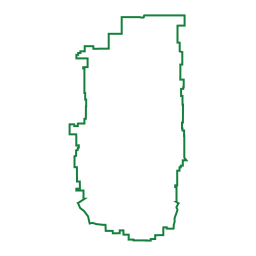 outline of Tammin, Western Australia, Australia
{"feature_id": "25037944B7078020583356", "entity_name": "Tammin", "entity_type": "district", "adm_level": 2, "iso_a3": "AUS", "parent_name": "Australia", "parent_adm1": "Western Australia", "projection": "orthographic", "projection_center": [117.495, -31.605], "detail": "fine", "context": "isolated", "style": "outline", "palette": "green", "viewbox_px": 256, "rotation_deg": 0, "n_neighbors": 0, "source": "geoboundaries", "source_scale": "gbopen_adm2", "svg_char_len": 4857}
<svg xmlns="http://www.w3.org/2000/svg" viewBox="0 0 256 256"><path d="M89.7,223.5L92.2,222.9L92.4,223.0L93.3,223.1L94.8,223.6L96.2,224.1L96.3,224.1L97.3,224.2L98.1,224.3L99.9,224.5L101.0,224.6L101.5,224.6L102.4,224.8L102.9,224.8L103.2,224.8L103.6,224.8L104.4,224.8L104.6,224.8L105.5,224.8L105.7,230.9L112.7,230.9L112.8,233.3L115.4,233.3L119.7,233.2L119.7,230.4L123.4,230.4L123.4,232.6L123.5,233.1L123.5,233.6L123.4,233.9L123.5,234.7L124.3,234.7L128.7,234.7L128.7,235.9L128.7,236.0L128.7,236.8L128.6,239.4L128.6,239.6L133.5,239.6L133.5,240.4L146.6,240.4L146.6,240.6L150.7,240.6L150.7,239.1L155.2,239.0L155.2,235.8L155.2,235.2L163.3,235.1L163.3,228.5L163.4,227.3L166.7,227.3L166.7,228.6L173.4,228.7L173.6,228.6L173.7,228.3L173.7,228.1L173.7,227.5L173.7,226.7L173.7,225.3L173.7,225.2L173.7,224.9L173.8,224.6L174.0,223.9L174.3,222.9L174.5,222.4L174.6,222.0L174.6,221.9L174.6,221.7L174.6,221.3L174.6,220.6L174.6,219.4L174.6,218.3L174.7,217.9L174.7,217.7L175.1,216.7L175.5,215.6L175.9,214.6L176.3,213.4L176.6,212.4L176.9,211.6L177.1,211.0L177.3,210.4L177.4,210.2L177.4,209.9L177.4,209.6L177.3,209.2L177.2,209.0L177.1,208.7L176.8,208.2L176.7,208.1L176.6,207.8L176.5,207.6L176.5,207.4L176.5,207.2L176.6,206.8L176.7,206.6L177.0,206.1L177.2,205.7L177.4,205.4L177.5,205.2L177.7,204.9L177.9,204.4L178.1,203.9L178.2,203.7L178.4,203.4L178.5,203.3L178.3,203.2L178.0,203.0L177.4,202.7L176.4,202.0L176.5,202.0L176.5,187.1L175.2,187.1L175.2,185.3L177.2,185.3L177.2,176.5L177.2,174.7L177.2,172.8L177.2,171.4L177.2,170.8L177.2,170.7L179.5,170.7L179.5,167.3L180.8,167.3L180.8,165.7L182.8,165.7L182.8,160.3L186.4,160.3L185.7,159.4L185.2,158.9L184.4,157.9L184.3,156.9L184.3,156.7L184.3,156.4L184.3,156.0L184.3,155.9L184.3,155.5L184.3,155.4L184.3,155.2L184.3,154.9L184.3,154.7L184.3,154.2L184.3,153.8L184.3,153.6L184.3,153.4L184.3,153.1L184.3,152.8L184.3,152.5L184.3,152.3L184.3,151.7L184.3,151.2L184.3,150.9L184.3,150.6L184.3,150.4L184.3,150.0L184.3,149.8L184.3,149.6L184.3,149.4L184.3,149.2L184.3,147.8L184.3,135.8L184.0,135.8L184.0,135.4L184.1,135.2L184.1,130.5L182.5,130.5L182.5,128.4L182.0,128.4L182.0,122.6L182.9,122.6L183.0,104.7L182.5,104.7L182.5,96.0L181.1,96.0L181.1,94.8L181.1,94.3L181.1,93.7L181.1,92.4L181.1,91.4L181.1,90.0L181.1,88.9L183.3,88.9L183.3,86.9L183.7,86.9L183.7,79.6L180.3,79.6L180.4,68.1L180.3,64.6L182.3,64.6L182.3,52.2L182.2,52.2L181.0,51.7L179.7,51.3L179.7,42.7L178.9,42.6L177.5,42.6L177.5,25.7L179.8,25.6L181.4,25.6L183.2,25.6L184.4,25.6L184.6,25.6L184.6,24.5L184.6,23.2L184.6,21.8L184.6,19.7L184.6,18.4L184.6,17.9L184.6,15.4L180.9,15.4L177.5,15.4L174.2,15.4L172.7,15.4L170.5,15.4L169.9,15.4L166.9,15.4L163.6,15.4L162.8,15.4L161.2,15.4L159.5,15.4L157.8,15.4L154.3,15.4L151.9,15.4L146.3,15.4L144.8,15.4L144.6,15.4L144.4,15.4L144.3,15.5L144.2,15.5L144.0,15.8L144.0,16.0L143.9,16.1L143.9,16.8L143.9,17.1L143.8,17.3L143.7,17.4L143.6,17.5L143.4,17.5L142.2,17.5L141.1,17.5L140.8,17.5L140.6,17.4L140.3,17.3L140.1,17.2L139.9,17.1L139.6,17.1L138.7,17.1L137.6,17.1L136.5,17.1L135.8,17.1L135.6,17.1L134.0,17.1L131.4,17.1L130.8,17.1L130.3,17.1L129.0,17.1L128.4,17.1L127.6,17.1L125.9,17.1L124.8,17.1L124.5,17.1L122.9,17.1L122.0,17.1L121.8,17.1L121.7,17.1L121.7,18.5L121.7,19.8L121.7,21.3L121.7,22.8L121.7,24.0L121.7,27.7L121.7,29.3L121.7,32.7L121.7,33.6L121.7,33.8L108.7,33.8L108.7,34.8L108.7,39.4L108.7,41.4L108.7,43.1L108.7,44.7L108.7,46.1L108.7,47.8L108.7,48.7L108.2,48.7L107.2,48.7L104.5,48.7L102.7,48.7L101.4,48.7L98.6,48.7L98.3,48.7L98.1,48.8L97.9,48.8L97.7,48.8L93.4,48.8L93.3,46.2L84.7,46.2L84.7,51.3L80.4,51.3L80.4,53.0L78.2,53.0L78.2,54.8L76.4,54.8L76.4,58.4L87.6,58.4L87.6,67.1L83.2,67.2L83.2,68.4L84.2,68.4L84.3,68.4L84.4,68.5L84.4,69.9L84.4,71.7L84.4,73.1L84.4,74.3L84.4,75.4L84.4,76.8L84.4,77.4L84.4,78.6L84.4,81.7L84.4,84.8L84.4,85.0L84.4,85.5L84.4,86.1L84.4,86.3L84.4,88.1L84.4,93.0L85.2,93.0L85.2,99.6L86.2,99.6L86.2,106.5L85.9,106.5L85.9,114.6L85.8,118.8L84.4,118.8L84.4,123.5L78.0,123.5L77.8,123.6L77.8,126.1L74.3,126.1L74.3,124.4L73.6,124.3L69.6,124.3L69.6,134.3L76.2,134.3L76.2,134.7L76.2,135.0L76.3,136.1L76.3,138.3L76.3,145.5L78.8,145.3L78.8,145.6L78.8,145.8L78.8,147.6L78.0,147.6L77.8,147.7L77.8,147.8L77.8,148.0L77.8,149.9L77.8,150.0L77.7,150.1L76.4,150.2L76.4,150.3L76.2,150.4L76.1,150.5L76.1,155.7L76.1,155.8L76.0,156.0L75.9,156.1L74.8,156.1L74.5,156.2L74.5,156.3L74.5,156.5L74.5,160.1L74.5,163.2L74.5,167.2L76.9,167.2L77.0,181.5L79.8,181.5L79.9,188.7L76.3,188.7L76.3,190.5L83.5,190.5L83.5,198.8L84.6,198.8L83.7,199.4L82.9,199.9L81.7,200.7L80.6,201.4L79.5,202.1L78.8,202.5L77.9,203.0L78.0,203.1L78.4,204.0L79.6,206.8L79.9,207.4L80.0,207.7L80.0,207.8L80.2,208.0L80.3,208.1L80.9,208.6L81.9,209.4L83.0,210.2L83.7,210.8L83.8,210.9L84.0,211.0L84.4,211.6L85.0,212.3L85.5,213.0L86.4,214.1L87.1,215.1L87.8,216.0L88.0,216.3L88.2,216.9L88.5,218.2L88.7,219.2L89.0,220.5L89.5,222.7L89.7,223.5Z" fill="none" stroke="#15803d" stroke-width="2"/></svg>